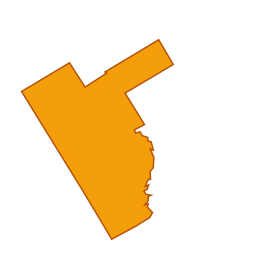 outline of Jackson, Arkansas, United States of America, rotated 148°
{"feature_id": "52423323B15986189273737", "entity_name": "Jackson", "entity_type": "district", "adm_level": 2, "iso_a3": "USA", "parent_name": "United States of America", "parent_adm1": "Arkansas", "projection": "natural_earth1", "projection_center": [-91.26, 35.622], "detail": "fine", "context": "isolated", "style": "filled", "palette": "amber", "viewbox_px": 256, "rotation_deg": 148, "n_neighbors": 0, "source": "geoboundaries", "source_scale": "gbopen_adm2", "svg_char_len": 673}
<svg xmlns="http://www.w3.org/2000/svg" viewBox="0 0 256 256"><g transform="rotate(148 128 128)"><path d="M199.1,185.9L199.6,99.9L200.1,71.1L200.8,42.3L172.8,40.6L157.0,40.6L152.0,43.3L153.5,50.7L151.0,53.0L154.4,53.9L149.3,55.7L147.2,59.2L144.1,58.8L148.0,62.5L148.1,65.9L144.3,65.9L140.6,68.8L144.2,69.5L138.0,73.8L136.2,72.4L132.4,79.2L127.6,81.0L121.6,89.3L120.3,98.4L118.2,95.7L115.7,104.1L118.0,106.4L116.3,109.5L120.0,114.0L119.8,118.3L124.2,119.7L123.7,123.1L112.2,122.2L112.1,139.3L112.0,159.2L56.0,157.9L55.2,186.6L117.9,187.7L117.1,185.8L142.7,185.5L143.1,214.3L198.9,215.4L199.0,201.0L199.1,185.9Z" fill="#f59e0b" stroke="#b45309" stroke-width="1.5"/></g></svg>